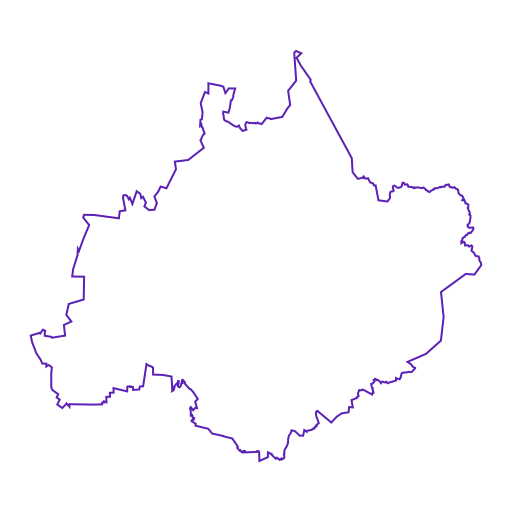 Sinaloa, Sinaloa, Mexico
{"feature_id": "50627088B88471362672586", "entity_name": "Sinaloa", "entity_type": "district", "adm_level": 2, "iso_a3": "MEX", "parent_name": "Mexico", "parent_adm1": "Sinaloa", "projection": "equal_earth", "projection_center": [-108.03, 26.02], "detail": "fine", "context": "isolated", "style": "outline", "palette": "violet", "viewbox_px": 512, "rotation_deg": 0, "n_neighbors": 0, "source": "geoboundaries", "source_scale": "gbopen_adm2", "svg_char_len": 6058}
<svg xmlns="http://www.w3.org/2000/svg" viewBox="0 0 512 512"><path d="M351.8,158.2L310.2,81.5L310.7,80.2L310.6,79.6L300.9,65.7L296.5,57.7L301.3,53.3L296.0,51.0L294.2,52.8L296.2,80.6L288.1,90.8L290.2,105.0L287.2,108.7L282.3,116.9L270.9,119.1L269.3,118.2L268.5,118.4L266.6,117.7L261.7,124.1L260.3,123.5L258.9,123.5L257.6,122.5L255.9,123.6L254.8,122.8L252.8,123.3L250.9,122.8L249.3,123.1L247.1,122.1L246.5,122.2L246.1,122.6L245.3,124.6L245.3,125.6L246.4,129.7L242.6,130.9L240.0,128.1L239.0,125.6L237.0,126.8L234.4,126.1L227.9,121.7L225.8,121.0L224.4,120.1L223.8,118.3L223.7,115.9L223.0,113.3L223.3,111.6L228.4,112.7L229.8,107.8L230.9,100.4L232.0,100.0L233.3,96.7L233.3,95.1L235.2,88.5L228.8,88.4L225.4,93.1L223.3,86.6L220.1,85.6L208.4,83.3L208.4,93.5L205.0,92.0L200.7,103.1L202.6,112.3L201.9,119.1L200.5,119.7L200.1,125.6L201.3,124.4L201.6,126.9L202.4,127.3L204.6,133.7L203.2,134.7L201.6,137.8L201.3,139.2L200.4,140.2L203.8,147.8L188.1,160.0L174.8,161.6L176.0,169.2L166.4,188.3L160.6,186.6L158.4,191.3L154.4,196.5L156.9,203.1L154.4,209.7L149.1,210.1L144.4,206.4L145.9,202.6L143.0,196.8L141.3,198.2L140.3,193.9L136.7,191.2L132.4,204.0L129.9,197.7L128.8,199.3L127.2,196.0L125.3,195.0L123.3,195.5L123.0,197.7L125.4,210.3L119.7,211.3L118.9,218.3L94.2,215.0L84.1,214.8L83.2,217.6L89.2,225.0L83.5,238.6L79.0,250.9L77.9,248.8L77.5,255.2L73.1,269.3L72.2,276.5L84.1,276.7L83.7,299.5L68.8,303.9L66.3,314.9L71.4,321.5L63.9,325.0L65.1,335.6L51.9,337.7L51.3,336.8L44.8,335.8L44.8,332.4L45.1,330.7L42.9,329.7L40.1,333.6L39.4,332.9L30.7,335.6L32.1,342.2L36.5,353.6L40.5,359.5L42.3,363.6L46.3,363.6L46.3,366.5L48.0,365.2L48.8,365.1L51.4,366.9L51.9,367.6L51.2,373.5L51.3,387.3L52.4,390.0L58.2,394.2L56.7,397.4L59.7,399.6L57.3,404.5L62.3,408.0L65.6,404.7L66.5,403.4L69.4,406.7L69.4,404.2L92.9,404.6L102.1,404.4L102.2,402.5L103.8,402.6L104.0,401.3L106.5,402.3L106.3,396.8L110.0,396.8L109.9,392.8L113.6,392.6L113.5,388.1L127.2,391.4L127.3,386.8L127.8,386.4L130.3,386.3L130.2,387.0L132.9,386.9L133.0,389.9L139.2,389.5L139.9,386.5L143.1,386.3L146.5,364.1L149.2,365.9L149.8,365.8L153.0,367.5L153.1,374.6L162.6,374.9L171.5,376.5L172.3,390.0L172.1,391.1L173.5,390.4L174.2,388.3L173.8,388.0L174.3,387.4L173.9,387.0L176.3,384.0L176.6,384.2L177.0,383.4L177.5,383.2L178.1,381.0L178.8,381.2L178.5,382.0L178.7,383.6L178.0,384.4L178.0,386.2L179.3,387.3L180.1,386.9L181.0,385.2L181.6,382.6L182.2,382.9L182.4,381.8L181.9,380.3L182.7,379.8L184.9,382.3L184.4,383.1L189.4,388.8L190.7,389.2L193.0,391.8L197.8,398.9L195.2,401.6L197.0,408.1L195.4,407.7L193.2,410.2L190.8,407.1L190.2,407.9L190.5,408.8L190.1,409.1L190.7,409.9L190.8,415.1L191.5,414.4L192.5,415.5L192.3,416.8L194.3,418.2L193.6,419.7L192.7,419.1L191.5,421.1L195.8,423.8L195.5,425.7L208.3,428.8L212.2,433.6L223.0,435.9L223.0,436.2L223.5,436.3L232.3,438.5L237.9,446.7L237.2,447.8L239.5,450.6L240.2,450.1L241.9,452.4L243.2,452.4L243.3,451.0L244.9,451.0L245.1,452.4L256.7,451.9L257.1,451.9L257.2,451.1L258.5,451.1L259.1,451.8L259.4,461.0L267.9,457.1L267.9,452.2L268.1,452.2L270.1,453.5L271.5,453.8L271.3,454.4L275.9,458.8L276.9,457.7L279.6,459.8L280.1,459.2L280.8,459.4L281.4,458.6L281.7,459.5L284.0,458.2L284.4,456.0L283.8,454.9L284.5,453.6L284.2,453.2L284.5,450.0L287.2,445.5L288.1,442.3L288.1,439.3L288.9,435.7L290.9,432.8L291.5,430.3L295.0,431.2L299.7,435.7L303.1,435.7L304.3,430.1L306.6,431.7L306.6,430.9L311.0,430.0L312.1,429.6L312.8,428.7L314.3,428.7L314.7,427.1L315.7,426.8L315.6,426.5L316.6,426.0L316.3,425.2L318.8,423.1L316.6,417.1L316.1,415.2L316.0,412.0L317.4,410.9L331.3,422.5L336.6,416.8L341.9,413.3L348.5,412.3L349.1,407.1L352.8,407.4L351.5,400.1L356.5,398.1L356.8,397.3L357.4,397.3L357.7,396.5L358.5,396.1L358.5,395.3L358.0,394.3L358.1,392.8L359.3,390.1L361.5,390.3L362.7,389.5L372.1,394.5L372.3,393.3L372.8,392.5L373.5,392.7L373.5,392.1L372.6,389.6L372.8,389.4L372.8,388.3L372.3,388.3L371.3,385.2L371.3,383.8L372.6,383.6L374.3,381.7L374.5,381.3L373.8,380.1L374.4,380.1L375.0,378.8L375.7,379.0L376.5,380.1L377.7,379.8L378.1,380.4L379.4,380.9L381.0,383.2L381.7,382.1L382.8,381.6L384.4,382.5L386.4,381.7L387.3,383.2L396.0,380.5L396.0,378.1L397.4,378.9L399.1,378.9L399.4,379.2L400.0,378.8L400.6,377.7L401.5,373.6L402.5,372.7L407.6,372.3L408.5,371.8L410.9,372.2L412.1,371.6L415.2,368.2L415.2,367.9L413.1,366.9L412.2,366.1L411.4,364.6L407.5,361.9L426.1,353.8L440.9,340.6L443.6,317.1L441.0,292.0L465.8,273.9L474.4,274.6L481.3,265.1L480.8,262.6L479.3,260.4L479.3,258.0L478.6,256.5L475.4,255.8L474.1,253.0L471.5,250.7L472.2,247.3L472.2,246.1L471.2,245.4L469.2,246.6L467.7,245.2L465.1,245.5L464.7,242.5L464.0,241.9L461.4,243.2L461.5,242.5L461.2,241.7L461.8,240.5L462.3,240.3L462.6,238.0L465.0,236.7L465.3,235.8L466.0,235.1L466.9,235.1L468.0,233.3L469.0,232.9L469.9,233.2L470.2,232.6L470.8,232.8L472.8,230.2L473.5,228.4L473.2,227.5L469.2,227.8L467.7,226.7L467.6,224.7L468.7,224.1L469.9,221.8L470.6,215.8L469.2,214.4L469.8,213.7L469.8,212.2L469.1,211.5L467.7,207.7L468.2,207.2L468.4,204.7L467.5,204.0L466.2,203.7L465.9,203.1L465.4,203.1L464.4,200.0L462.8,200.4L462.2,200.1L463.5,198.5L463.4,197.8L462.3,195.9L461.8,195.4L460.7,195.4L458.6,193.3L458.0,189.6L456.1,188.8L454.5,187.2L452.8,187.8L451.1,187.0L450.2,187.2L449.6,186.7L449.0,184.6L448.5,184.4L447.4,184.9L445.9,184.8L444.7,186.6L444.3,186.3L441.7,187.1L441.1,186.8L440.4,187.3L439.8,187.0L437.7,188.2L435.0,188.2L434.3,189.1L433.7,188.9L433.4,189.7L431.0,190.7L429.7,192.0L429.4,191.6L427.9,191.5L427.4,190.6L426.0,190.2L425.8,189.5L423.7,187.7L423.3,187.9L422.7,187.6L421.2,188.2L418.0,187.3L415.2,187.8L414.3,187.3L413.8,188.1L411.5,186.9L408.3,186.8L407.9,185.2L407.3,184.3L404.8,184.7L404.1,183.0L403.1,182.6L402.3,183.3L401.8,186.0L400.8,187.2L398.2,187.9L396.8,187.3L394.5,185.6L393.3,186.0L392.9,186.9L392.8,188.3L393.6,190.0L393.6,190.9L393.0,191.4L391.0,191.5L390.2,192.4L389.8,195.0L390.1,197.2L389.6,198.6L387.5,201.5L378.5,200.3L375.6,185.4L374.1,185.5L373.0,183.4L370.1,182.4L368.0,178.2L366.3,178.7L365.2,178.3L363.6,176.4L363.3,176.8L363.2,178.0L362.3,177.7L358.6,178.8L357.6,178.6L352.6,172.2L351.8,158.2Z" fill="none" stroke="#5b21b6" stroke-width="2"/></svg>